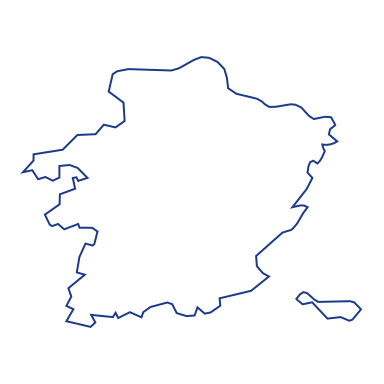 outline of Limburg
{"feature_id": "BEL-3", "entity_name": "Limburg", "entity_type": "Province", "adm_level": 1, "iso_a3": "BEL", "parent_name": "Belgium", "parent_adm1": "", "projection": "robinson", "projection_center": [5.471, 50.993], "detail": "fine", "context": "isolated", "style": "outline", "palette": "blue", "viewbox_px": 384, "rotation_deg": 0, "n_neighbors": 0, "source": "natural_earth", "source_scale": "10m", "svg_char_len": 1819}
<svg xmlns="http://www.w3.org/2000/svg" viewBox="0 0 384 384"><path d="M230.2,89.6L236.4,93.8L256.9,98.7L261.9,101.5L265.3,104.6L269.3,106.9L275.5,106.8L290.7,104.3L295.4,104.7L301.3,107.5L308.9,115.8L313.7,119.0L324.9,116.8L331.0,117.2L334.3,123.0L335.2,125.2L330.1,129.2L328.9,134.4L337.2,141.4L333.9,143.2L330.2,144.4L326.3,144.9L322.3,144.5L323.2,147.8L323.8,149.2L324.8,151.1L322.1,157.3L320.1,160.6L317.4,163.5L313.2,160.7L310.2,162.1L308.4,166.5L307.5,172.6L312.4,177.9L306.7,189.0L292.4,207.2L300.5,205.4L304.0,205.5L307.6,207.2L303.4,212.8L297.2,223.4L292.5,229.0L290.7,230.1L286.5,231.3L282.3,232.7L256.1,256.0L256.9,266.2L262.8,273.1L268.9,276.5L251.1,290.8L219.6,298.3L220.3,305.7L210.5,312.5L204.7,313.6L197.5,307.4L194.6,315.5L186.5,316.1L176.7,313.1L172.2,304.2L167.3,302.5L150.5,307.0L143.3,312.1L141.5,317.3L129.9,312.2L118.2,318.0L115.6,312.8L112.9,317.1L91.2,314.9L95.3,322.4L90.6,326.9L66.4,321.2L73.4,309.2L66.4,305.9L71.3,296.6L68.4,288.2L84.8,274.7L76.8,272.4L79.4,257.0L85.5,243.6L92.6,245.5L94.3,244.1L97.5,231.5L92.2,227.8L79.5,227.7L78.2,224.0L64.2,229.3L58.1,224.0L52.1,226.1L49.7,224.6L44.9,214.6L59.6,204.3L59.9,194.3L75.1,188.7L72.8,178.0L76.4,177.3L78.2,180.9L87.5,177.9L77.6,167.9L69.6,165.0L59.4,166.0L59.4,177.5L52.9,180.7L45.4,177.0L38.1,179.2L32.3,170.2L23.0,172.2L33.5,160.6L33.6,154.3L62.7,149.7L77.4,135.0L95.6,134.2L103.8,124.7L115.5,127.4L124.6,121.0L123.5,102.6L108.7,91.6L112.7,74.2L117.1,71.3L128.4,69.1L171.4,70.5L178.9,68.3L194.1,59.8L201.3,57.1L209.1,57.8L217.6,62.0L224.3,69.0L226.9,77.8L228.1,88.2L230.2,89.6ZM303.5,292.1L307.2,293.2L314.6,299.8L318.3,301.9L349.9,301.2L354.1,302.3L361.0,309.3L352.5,319.6L349.3,320.7L340.6,317.1L327.5,318.6L312.1,302.3L302.7,304.3L297.3,299.9L296.4,298.8L300.3,294.1L303.5,292.1Z" fill="none" stroke="#1e3a8a" stroke-width="2"/></svg>